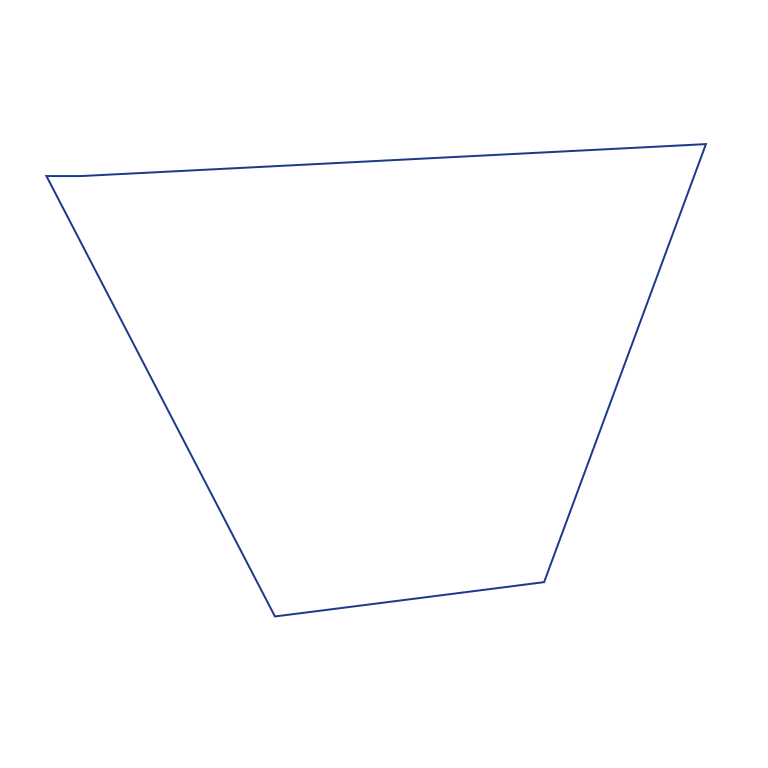 the Parish of Saint Luke, rotated 88°
{"feature_id": "DMA-1437", "entity_name": "Saint Luke", "entity_type": "Parish", "adm_level": 1, "iso_a3": "DMA", "parent_name": "Dominica", "parent_adm1": "", "projection": "mercator", "projection_center": [-61.367, 15.248], "detail": "fine", "context": "isolated", "style": "outline", "palette": "blue", "viewbox_px": 768, "rotation_deg": 88, "n_neighbors": 0, "source": "natural_earth", "source_scale": "10m", "svg_char_len": 236}
<svg xmlns="http://www.w3.org/2000/svg" viewBox="0 0 768 768"><g transform="rotate(88 384 384)"><path d="M165.6,679.3L155.5,53.9L587.6,230.9L612.5,501.1L164.4,714.1L165.6,679.3Z" fill="none" stroke="#1e3a8a" stroke-width="2"/></g></svg>